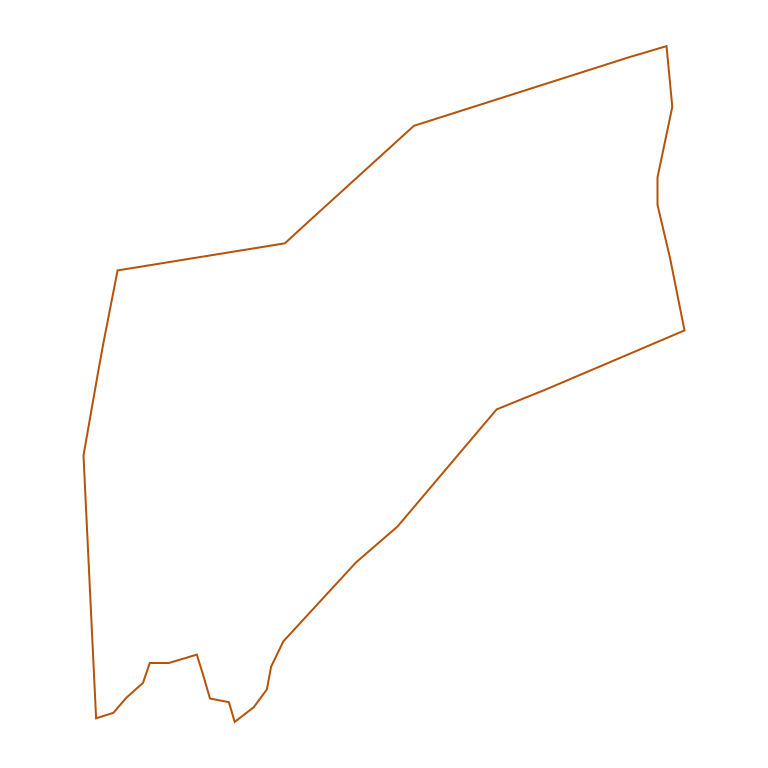 Nossa Senhora de Lourdes, Sergipe, Brazil (Robinson projection)
{"feature_id": "56859067B12193176989723", "entity_name": "Nossa Senhora de Lourdes", "entity_type": "district", "adm_level": 2, "iso_a3": "BRA", "parent_name": "Brazil", "parent_adm1": "Sergipe", "projection": "robinson", "projection_center": [-37.019, -10.08], "detail": "fine", "context": "isolated", "style": "outline", "palette": "amber", "viewbox_px": 768, "rotation_deg": 0, "n_neighbors": 0, "source": "geoboundaries", "source_scale": "gbopen_adm2", "svg_char_len": 541}
<svg xmlns="http://www.w3.org/2000/svg" viewBox="0 0 768 768"><path d="M666.5,46.1L628.5,57.4L413.9,125.8L301.6,227.9L284.9,243.3L117.6,270.4L103.5,342.5L98.3,371.0L83.5,455.5L96.1,718.3L113.4,712.8L126.3,697.8L143.0,682.8L149.8,663.0L168.8,663.0L196.8,654.6L202.6,673.3L210.0,698.5L228.9,702.2L234.7,721.9L253.7,707.3L266.9,689.4L271.1,666.7L283.3,641.4L356.0,562.4L397.5,526.5L496.6,409.4L528.8,396.3L543.6,390.4L684.5,330.4L670.0,257.9L657.5,204.9L657.5,177.4L672.3,106.8L666.5,46.1Z" fill="none" stroke="#b45309" stroke-width="2"/></svg>